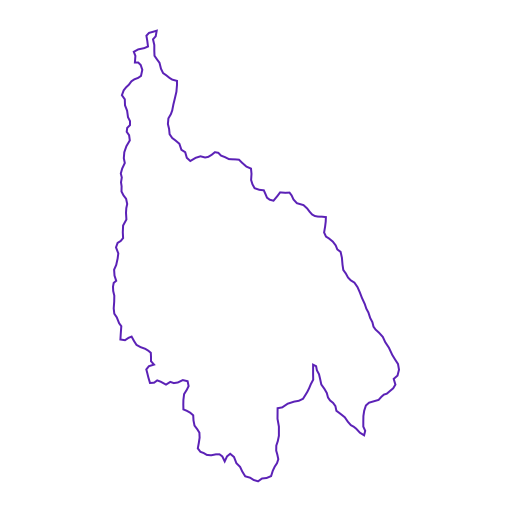 the district of Arcos, Minas Gerais, Brazil
{"feature_id": "56859067B46067888754995", "entity_name": "Arcos", "entity_type": "district", "adm_level": 2, "iso_a3": "BRA", "parent_name": "Brazil", "parent_adm1": "Minas Gerais", "projection": "equal_earth", "projection_center": [-45.55, -20.235], "detail": "fine", "context": "isolated", "style": "outline", "palette": "violet", "viewbox_px": 512, "rotation_deg": 0, "n_neighbors": 0, "source": "geoboundaries", "source_scale": "gbopen_adm2", "svg_char_len": 3748}
<svg xmlns="http://www.w3.org/2000/svg" viewBox="0 0 512 512"><path d="M325.9,217.1L322.1,216.7L318.0,216.6L314.8,216.0L312.1,214.5L309.6,211.7L307.2,208.5L303.5,205.1L296.9,203.2L293.5,199.5L291.6,195.4L289.5,192.6L285.4,192.8L280.1,192.4L277.4,196.0L273.5,200.7L269.7,199.7L267.0,197.7L265.4,193.9L263.8,190.3L259.3,189.8L254.6,188.2L252.5,184.4L251.1,180.0L251.5,173.9L251.0,168.6L246.4,166.6L242.0,162.7L239.0,159.7L235.4,159.4L232.4,159.3L228.9,159.1L224.9,157.1L221.0,155.6L218.3,152.8L214.9,152.2L211.7,154.8L208.2,156.9L205.1,157.5L200.5,156.3L195.7,157.8L190.3,161.0L186.8,157.8L185.2,152.2L181.4,149.8L179.4,143.8L175.4,140.4L172.2,138.0L169.6,134.2L169.1,129.0L167.9,124.0L168.4,118.4L170.9,114.1L172.2,110.5L173.4,104.4L174.9,98.2L176.4,91.8L177.0,84.9L177.0,80.9L172.2,79.6L169.5,77.9L166.4,75.4L163.1,73.1L161.0,68.8L159.5,62.8L157.0,59.4L154.5,55.8L154.3,50.9L154.3,45.0L153.0,39.3L155.7,36.3L156.7,30.7L153.0,31.8L149.0,32.9L146.4,35.7L147.3,41.0L148.0,46.5L144.3,48.1L138.2,49.4L133.8,51.8L135.4,55.9L134.9,62.5L138.2,62.5L140.7,65.0L142.3,69.8L141.0,75.9L138.1,77.9L134.4,79.3L131.4,81.3L128.9,84.7L126.1,87.3L123.7,90.3L121.9,95.2L124.8,99.3L125.0,105.3L127.1,110.7L128.0,117.2L130.0,121.1L130.0,125.1L127.2,127.9L126.7,131.8L129.1,135.2L129.8,140.4L126.4,146.2L124.3,152.2L123.8,158.2L124.8,163.0L122.2,168.5L120.8,173.5L121.8,177.5L121.0,182.3L121.6,186.3L121.5,191.5L123.5,195.4L126.1,198.8L127.2,204.0L126.3,208.1L126.0,212.8L126.4,219.5L123.1,225.5L122.8,232.3L123.1,238.1L120.7,241.0L117.6,242.9L116.0,247.4L118.3,253.4L117.6,258.7L116.2,265.0L114.1,269.7L114.5,275.6L116.2,280.8L113.7,282.9L113.0,286.7L113.2,291.0L114.3,295.7L114.2,301.7L113.7,308.4L114.3,313.7L116.8,317.4L119.1,323.2L121.3,326.2L120.8,333.2L120.4,339.5L125.0,340.2L128.6,337.8L131.6,336.6L134.0,341.0L136.5,344.9L140.5,347.1L145.2,348.8L148.3,350.7L150.8,352.8L151.0,356.9L151.0,361.2L154.0,364.6L148.9,366.2L146.3,369.4L147.3,373.2L148.4,377.6L150.0,383.0L154.1,382.7L157.2,380.4L160.7,381.7L166.0,384.6L170.3,381.9L173.8,383.1L177.8,382.5L182.8,380.1L187.6,381.2L188.6,386.1L186.9,389.6L184.1,394.1L183.4,399.9L183.3,404.2L183.4,409.4L186.8,410.8L190.2,412.7L193.2,415.3L193.5,420.5L194.5,425.6L197.3,429.3L199.4,432.7L199.6,437.7L198.8,443.0L197.8,448.4L200.4,451.8L203.6,453.0L206.8,454.9L211.1,455.3L216.1,454.3L219.5,454.3L222.3,456.4L224.7,461.4L227.0,456.4L230.2,453.8L234.0,457.0L236.4,463.2L240.1,466.9L242.2,471.4L245.2,476.3L250.1,477.7L253.7,480.0L258.1,481.3L262.0,478.5L266.6,478.0L271.1,476.1L272.8,470.7L274.8,466.5L277.0,463.2L278.3,459.2L277.3,454.5L276.2,450.6L276.3,445.6L277.8,441.1L278.9,435.8L278.9,431.2L278.9,426.6L277.5,418.8L277.6,408.2L282.2,407.4L287.7,403.7L294.2,401.6L298.8,400.8L303.0,398.8L305.4,395.0L307.3,391.9L309.1,388.3L310.9,384.0L313.2,379.7L313.1,374.8L313.1,370.7L313.1,364.7L316.1,366.2L316.9,370.3L319.0,374.2L320.1,378.9L321.3,384.5L324.5,389.0L326.8,393.0L328.0,397.5L330.1,400.5L333.1,402.9L335.4,406.1L336.4,410.8L339.1,412.8L341.7,414.8L344.8,417.3L347.9,421.8L350.9,425.2L353.7,426.7L356.2,428.7L359.9,432.7L364.1,435.3L365.2,430.8L363.3,426.6L363.3,421.5L363.4,416.0L364.2,410.7L365.9,405.5L369.0,402.7L374.1,401.2L378.6,399.9L381.5,396.7L383.9,394.6L386.8,393.7L390.2,390.8L393.2,388.3L395.4,384.6L393.7,378.9L397.5,375.6L399.0,369.7L398.0,364.0L395.0,359.4L392.2,354.8L388.9,347.7L385.2,342.1L382.8,336.9L379.0,332.7L375.6,329.6L373.5,326.7L372.4,322.2L370.2,318.0L368.4,312.5L366.3,308.6L364.8,304.1L361.9,297.8L359.8,292.3L357.5,287.1L354.4,282.6L350.7,280.3L348.0,277.5L345.9,273.6L343.3,270.0L342.5,264.6L341.9,257.7L340.6,251.9L337.3,249.4L335.7,245.4L332.8,241.6L328.9,238.4L326.0,236.6L324.1,232.5L325.1,226.6L325.7,221.7L325.9,217.1Z" fill="none" stroke="#5b21b6" stroke-width="2"/></svg>